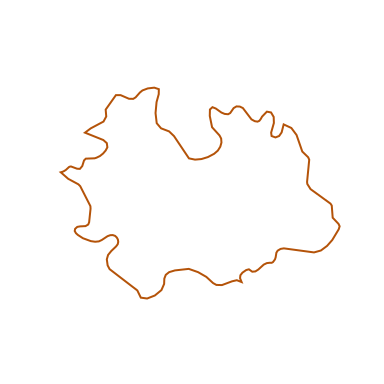 SVG path tracing the border of Enna, rotated 234°
{"feature_id": "ITA-5412", "entity_name": "Enna", "entity_type": "Province", "adm_level": 1, "iso_a3": "ITA", "parent_name": "Italy", "parent_adm1": "", "projection": "mercator", "projection_center": [14.474, 37.585], "detail": "fine", "context": "isolated", "style": "outline", "palette": "amber", "viewbox_px": 384, "rotation_deg": 234, "n_neighbors": 0, "source": "natural_earth", "source_scale": "10m", "svg_char_len": 2158}
<svg xmlns="http://www.w3.org/2000/svg" viewBox="0 0 384 384"><g transform="rotate(234 192 192)"><path d="M285.1,97.4L284.4,99.3L284.1,101.1L284.0,103.0L284.5,107.2L284.3,108.1L283.8,109.1L278.4,112.7L276.6,114.9L277.5,118.5L281.0,123.2L281.4,125.7L276.5,133.0L275.9,134.8L275.2,138.7L275.4,142.7L276.3,146.5L277.9,149.8L281.6,151.8L286.2,150.8L302.9,140.3L303.0,147.5L301.0,161.8L303.5,167.0L309.4,170.6L315.1,187.4L312.3,191.2L304.5,195.8L301.9,199.2L301.7,202.0L303.1,208.3L303.3,211.6L301.8,217.1L298.6,222.8L294.7,225.6L290.7,222.6L285.6,216.2L277.3,208.9L268.4,203.9L261.7,204.4L254.5,209.1L247.8,210.3L221.0,209.3L216.4,213.5L213.1,219.0L210.9,225.4L209.9,232.4L210.3,237.2L212.0,241.5L214.7,244.9L218.1,247.0L221.6,247.5L232.6,246.3L243.1,251.1L248.2,255.0L248.6,258.4L245.6,260.3L239.0,262.5L236.0,264.3L233.7,266.9L233.4,269.3L235.4,275.0L235.1,278.3L233.0,280.9L230.0,282.5L215.8,282.8L212.4,284.4L210.4,286.4L210.0,288.3L210.6,290.4L211.8,293.0L213.0,299.8L209.9,302.7L204.7,302.2L199.7,298.8L193.5,290.9L190.5,289.3L187.1,291.6L186.1,295.4L187.5,299.5L192.8,305.9L185.4,310.0L176.7,310.1L159.9,305.0L151.8,306.4L149.2,305.8L132.5,291.0L130.7,290.0L124.6,289.6L101.2,297.2L98.9,297.1L88.5,290.7L80.1,291.8L77.5,291.3L75.6,288.8L70.7,277.2L69.0,269.6L68.9,261.9L71.4,255.2L92.4,233.2L93.9,230.2L94.2,226.8L93.3,224.6L90.0,221.3L88.7,219.5L87.7,216.3L87.9,214.8L89.0,213.4L90.5,210.7L91.1,207.3L90.3,200.1L90.5,196.6L92.1,193.9L96.0,192.6L97.0,190.0L97.1,185.4L96.2,182.2L94.0,180.2L90.0,179.2L94.3,176.4L96.2,171.9L99.1,161.5L102.5,157.1L106.0,155.5L114.9,153.7L123.6,149.8L131.7,144.2L138.6,132.1L140.6,126.4L140.4,122.1L138.2,118.7L134.0,115.4L130.6,109.6L130.1,101.1L132.2,93.1L136.6,88.5L144.5,89.9L178.0,80.0L182.2,80.6L187.6,83.5L190.4,87.1L191.7,92.0L192.6,98.6L193.4,101.2L195.0,103.0L197.1,104.1L199.4,104.4L201.7,104.0L203.7,102.6L205.1,100.5L205.9,97.7L206.2,90.7L206.8,87.6L208.7,84.4L211.7,81.3L218.7,76.6L224.4,74.4L226.9,73.9L229.4,74.2L230.9,75.8L231.2,78.7L230.0,81.2L227.0,85.8L226.7,88.9L228.0,91.0L238.1,100.1L240.3,101.5L262.4,105.0L265.0,104.6L275.4,99.6L285.1,97.4Z" fill="none" stroke="#b45309" stroke-width="2"/></g></svg>